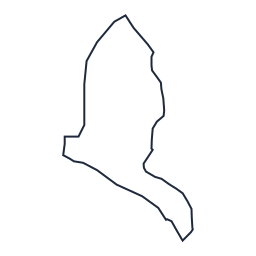 Gazi Baba, Natural Earth projection
{"feature_id": "MKD-2929", "entity_name": "Gazi Baba", "entity_type": "Municipality", "adm_level": 1, "iso_a3": "MKD", "parent_name": "North Macedonia", "parent_adm1": "", "projection": "natural_earth1", "projection_center": [21.524, 42.006], "detail": "fine", "context": "isolated", "style": "outline", "palette": "slate", "viewbox_px": 256, "rotation_deg": 0, "n_neighbors": 0, "source": "natural_earth", "source_scale": "10m", "svg_char_len": 803}
<svg xmlns="http://www.w3.org/2000/svg" viewBox="0 0 256 256"><path d="M64.7,138.4L64.7,136.6L78.5,136.6L84.3,125.0L84.3,109.0L84.3,97.3L84.3,84.2L86.6,61.0L97.1,42.1L114.3,21.7L125.5,15.4L133.6,27.9L147.8,44.4L153.5,52.3L151.5,56.8L151.5,65.6L152.1,70.5L157.5,77.8L160.9,82.7L161.4,89.2L163.3,98.3L164.2,110.6L163.6,115.9L156.9,121.6L152.7,128.5L151.8,139.6L151.5,148.7L152.7,149.8L148.7,155.9L143.6,163.6L143.9,167.8L146.0,171.6L155.1,176.9L161.5,178.8L169.1,184.2L176.3,188.7L182.7,193.3L187.5,201.3L191.5,208.9L191.8,218.1L192.4,228.0L192.8,229.4L191.0,232.1L183.4,239.8L182.6,240.6L176.6,230.3L171.5,221.2L167.0,219.2L166.0,219.8L158.3,207.9L142.1,196.2L116.6,184.6L97.0,170.1L83.1,162.8L73.9,161.3L69.3,158.4L63.2,155.2L64.7,143.9L64.7,138.4Z" fill="none" stroke="#1e293b" stroke-width="2"/></svg>